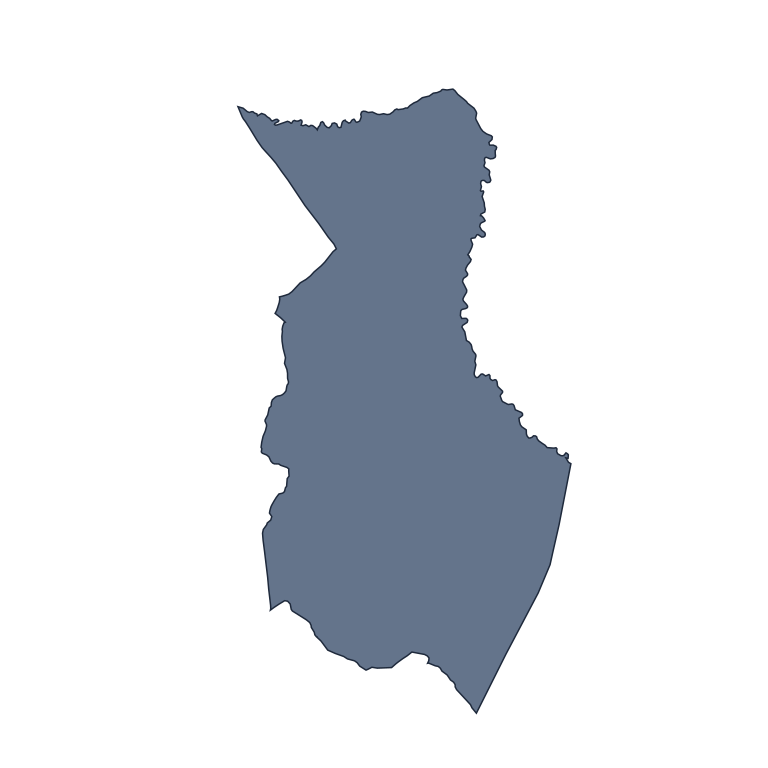 outline of Budjala, Équateur, Democratic Republic of the Congo, rotated 282°
{"feature_id": "63176286B30356596276779", "entity_name": "Budjala", "entity_type": "district", "adm_level": 2, "iso_a3": "COD", "parent_name": "Democratic Republic of the Congo", "parent_adm1": "Équateur", "projection": "albers", "projection_center": [20.221, 2.596], "detail": "fine", "context": "isolated", "style": "filled", "palette": "slate", "viewbox_px": 768, "rotation_deg": 282, "n_neighbors": 0, "source": "geoboundaries", "source_scale": "gbopen_adm2", "svg_char_len": 6119}
<svg xmlns="http://www.w3.org/2000/svg" viewBox="0 0 768 768"><g transform="rotate(282 384 384)"><path d="M190.9,572.4L211.8,578.3L241.8,584.0L254.1,584.1L282.7,584.5L344.9,583.4L345.8,580.7L348.9,577.9L349.6,577.2L349.5,579.5L351.5,579.3L353.1,579.0L353.9,578.0L354.5,576.3L351.8,574.9L351.0,573.9L350.7,572.0L351.9,568.3L354.0,566.9L356.5,566.7L357.4,565.5L356.6,563.5L355.7,556.8L357.6,554.3L359.0,550.7L360.5,547.3L362.0,545.4L364.2,544.2L364.7,542.8L364.4,541.0L362.6,539.8L361.5,538.0L361.3,536.7L363.0,534.7L364.7,533.7L368.7,532.7L370.5,528.4L370.8,527.7L372.4,525.9L375.5,524.2L377.0,523.7L378.6,523.1L379.5,523.9L382.0,526.0L383.5,525.8L384.7,524.6L386.1,517.8L389.9,515.7L390.9,514.6L391.1,513.3L389.8,509.8L390.0,508.8L390.9,505.6L391.3,504.2L391.3,503.9L392.3,502.7L395.4,500.8L396.3,500.2L397.6,500.3L400.3,501.7L401.6,501.5L404.9,496.3L405.9,495.4L409.7,494.1L411.2,492.8L411.3,491.7L410.0,489.5L410.6,487.5L411.6,486.5L414.2,485.9L415.1,484.7L413.0,481.7L414.3,478.5L413.9,477.0L410.1,474.6L409.5,473.3L410.1,471.8L411.8,470.4L413.6,469.9L421.8,469.9L425.1,468.1L430.6,468.1L432.0,467.5L434.7,464.2L436.6,462.9L439.1,461.9L440.7,461.0L442.6,458.7L443.7,455.6L451.8,452.2L455.7,448.5L456.6,448.4L457.9,448.9L461.5,452.5L463.6,452.7L464.5,452.2L465.3,450.7L464.3,446.4L466.7,444.5L470.4,444.0L471.8,443.9L473.2,444.9L474.8,448.3L476.1,449.7L477.5,449.6L478.9,448.3L481.7,444.5L483.4,443.5L485.8,444.0L491.0,445.7L493.1,445.4L496.9,442.4L500.3,439.6L502.6,439.5L504.1,440.0L506.6,442.4L508.1,443.1L509.3,442.8L512.3,440.0L514.6,440.1L517.9,441.1L521.7,443.1L524.0,443.3L525.4,441.7L525.6,441.2L526.8,440.7L527.8,439.1L531.4,440.5L536.1,441.5L538.8,441.6L539.2,441.6L542.6,439.3L544.0,438.9L544.8,439.6L545.9,442.6L549.3,443.9L549.7,444.9L548.0,449.0L548.6,450.9L549.9,452.0L551.7,451.9L553.1,451.0L554.9,447.3L558.0,444.8L560.5,444.9L561.8,445.6L564.2,448.7L564.9,448.9L567.2,446.8L568.8,444.5L568.7,443.3L570.3,443.4L573.2,446.8L575.9,446.7L578.8,445.3L582.0,444.4L587.8,441.0L592.6,441.6L593.5,440.8L592.7,438.9L593.2,438.1L597.3,438.3L600.0,436.9L602.1,436.7L603.1,437.1L603.8,438.5L603.9,440.0L602.9,441.4L602.4,443.0L603.1,445.0L603.8,445.7L605.6,446.1L607.1,445.3L610.5,443.4L613.5,443.3L614.9,442.3L617.1,437.2L618.2,436.4L621.5,436.8L623.5,435.8L625.6,435.5L626.6,436.1L627.0,437.1L626.3,441.2L627.2,443.8L628.7,445.5L630.1,445.7L632.9,444.8L633.5,444.7L635.5,444.2L636.8,444.9L638.9,445.0L639.9,443.9L639.9,443.5L640.4,441.2L639.6,438.0L640.3,437.2L642.1,436.4L645.6,438.8L647.8,438.6L648.2,438.6L649.1,437.4L649.2,437.0L649.7,433.8L650.0,432.2L651.7,428.2L654.0,425.5L661.7,419.1L663.0,418.4L668.2,418.3L669.9,417.2L672.5,414.7L676.0,407.4L677.4,406.0L678.8,403.5L682.6,396.0L685.7,392.3L686.8,390.1L685.1,385.6L684.7,384.5L684.4,380.3L683.7,379.3L682.3,378.6L680.1,375.4L678.7,371.7L675.1,368.4L672.0,361.9L667.3,357.8L665.2,354.8L661.8,351.5L658.8,349.6L658.5,347.8L657.0,345.5L655.3,340.7L655.7,339.4L654.4,337.6L652.0,336.2L649.1,333.5L648.2,331.0L648.3,327.4L646.7,323.8L646.4,321.5L647.6,316.1L646.3,312.1L646.8,309.3L646.6,307.2L646.0,306.2L645.2,305.5L643.0,305.2L640.6,306.2L638.1,305.9L636.1,305.5L634.3,303.1L634.6,301.9L636.7,299.9L636.6,299.1L635.3,297.7L632.7,296.8L631.9,295.3L633.5,291.3L634.0,291.1L633.1,289.6L631.3,288.7L626.1,288.5L625.4,286.9L625.8,285.7L626.1,285.1L628.4,283.8L629.1,281.3L628.1,279.1L625.8,278.8L623.2,277.1L623.2,275.0L625.0,272.1L627.0,270.6L627.8,269.2L626.7,267.8L623.4,267.4L621.5,266.3L618.7,265.9L620.0,264.5L621.9,260.5L621.8,258.7L620.2,257.1L621.3,253.6L619.8,251.0L619.9,249.1L623.3,249.4L624.7,248.7L625.0,247.6L623.3,245.4L622.9,243.3L623.2,241.5L622.1,240.2L620.0,239.5L619.7,238.8L620.6,237.0L620.9,235.0L619.4,232.6L615.0,225.3L614.6,224.0L615.1,222.9L616.3,223.1L618.8,226.2L619.8,226.3L620.7,224.4L620.3,223.1L618.1,220.1L618.2,219.2L620.1,216.9L621.0,214.3L622.7,211.5L623.2,208.0L620.0,204.5L621.8,203.5L622.1,201.0L623.1,199.2L622.8,197.8L621.6,195.8L622.0,193.6L624.5,188.9L624.9,183.5L615.8,189.8L614.0,191.4L611.7,194.1L605.9,199.8L595.8,209.3L589.9,215.6L586.8,219.8L582.1,226.4L577.5,232.3L570.5,239.8L563.5,247.7L542.1,269.6L527.4,286.8L516.0,299.0L510.5,305.9L506.3,309.3L502.8,306.6L491.0,300.8L486.4,297.9L479.1,292.3L474.5,289.6L470.2,286.1L465.5,281.0L455.2,274.8L452.1,272.1L450.3,269.1L448.6,266.0L447.5,263.6L445.3,264.4L442.0,264.6L436.7,264.1L433.6,263.7L430.4,262.8L427.4,268.9L426.0,271.2L423.9,274.6L423.1,273.5L419.5,272.9L416.3,273.0L414.3,273.7L409.4,274.2L404.7,275.4L398.2,277.8L396.7,278.5L389.2,282.2L383.5,282.4L377.9,286.1L377.0,286.4L374.5,287.4L369.5,288.5L366.1,290.2L364.3,290.2L362.9,289.5L361.2,289.4L357.0,289.6L354.8,288.6L353.6,287.8L352.5,286.9L351.3,285.4L350.7,284.0L350.0,282.3L349.0,280.9L347.4,279.6L345.3,278.1L342.5,277.7L338.9,278.2L337.8,277.5L336.7,276.7L329.6,276.7L324.3,275.2L323.0,275.3L319.9,277.5L318.3,277.9L313.4,277.7L307.7,276.6L301.7,276.5L296.5,276.9L295.3,277.9L292.1,278.1L291.0,279.3L290.2,283.9L288.8,286.6L285.0,289.4L283.5,291.5L283.1,293.3L283.9,297.7L283.0,299.8L282.2,306.4L281.2,308.5L279.0,308.9L274.2,310.3L271.3,309.0L263.6,310.0L262.2,309.2L258.0,309.0L256.2,307.6L254.6,304.1L250.6,302.2L246.7,300.8L242.6,299.5L240.6,299.0L238.5,298.8L236.5,298.7L233.9,298.8L231.0,301.8L227.3,301.5L223.8,298.7L221.8,298.5L216.7,296.2L212.8,296.2L206.1,298.2L195.0,302.1L170.7,310.4L159.6,313.8L143.9,319.1L140.8,319.9L139.2,319.9L142.6,322.9L146.7,326.9L151.4,331.9L151.5,334.9L149.3,338.0L144.3,340.1L142.9,341.6L137.2,357.1L135.2,361.0L132.7,362.9L130.8,363.5L126.7,367.4L124.3,368.5L122.6,370.6L122.7,371.1L122.1,371.5L119.5,375.8L112.0,384.3L110.3,392.4L109.1,401.3L107.5,405.4L107.1,412.7L105.8,415.7L103.0,418.9L100.4,425.9L101.6,427.6L103.7,430.2L104.4,431.0L104.7,436.5L108.2,450.4L112.8,453.8L115.3,455.9L119.4,459.6L123.0,463.2L127.6,467.0L127.9,479.9L127.0,483.0L125.3,485.0L122.6,485.3L119.9,484.7L120.3,485.6L119.0,492.7L119.0,495.8L117.7,498.2L115.2,500.4L112.5,506.3L108.3,510.6L106.8,514.1L104.7,516.1L102.5,516.6L100.1,518.6L98.0,521.6L88.3,535.3L85.5,537.4L81.2,542.8L145.0,559.4L190.9,572.4Z" fill="#64748b" stroke="#1e293b" stroke-width="1.5"/></g></svg>